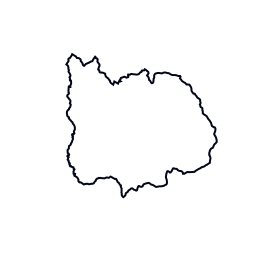 outline of Guatuso, Alajuela, Costa Rica, rotated 213°
{"feature_id": "36466004B87915732060573", "entity_name": "Guatuso", "entity_type": "district", "adm_level": 2, "iso_a3": "CRI", "parent_name": "Costa Rica", "parent_adm1": "Alajuela", "projection": "albers", "projection_center": [-84.82, 10.704], "detail": "fine", "context": "isolated", "style": "outline", "palette": "ink", "viewbox_px": 256, "rotation_deg": 213, "n_neighbors": 0, "source": "geoboundaries", "source_scale": "gbopen_adm2", "svg_char_len": 5818}
<svg xmlns="http://www.w3.org/2000/svg" viewBox="0 0 256 256"><g transform="rotate(213 128 128)"><path d="M214.3,147.7L212.7,147.6L212.2,147.4L210.9,146.3L210.2,145.1L209.3,144.6L208.9,144.0L208.8,143.2L208.5,142.8L207.1,142.2L205.3,141.2L204.6,140.2L204.7,138.7L204.0,138.3L204.0,138.2L203.3,137.6L203.1,136.9L202.7,136.4L202.3,136.2L202.0,136.3L201.8,136.7L201.7,136.7L200.1,134.7L199.6,133.3L199.6,132.4L198.7,131.0L199.0,130.8L200.2,130.7L200.2,130.3L198.5,127.3L198.3,126.8L197.8,126.4L197.3,125.5L196.7,125.3L196.4,124.9L196.4,123.7L196.7,122.9L196.7,122.4L196.4,121.7L196.1,121.3L191.6,119.8L191.1,119.4L190.6,118.7L190.4,118.1L190.3,117.1L190.1,116.9L188.9,116.6L188.6,116.1L187.9,114.0L188.1,112.2L187.7,111.6L187.7,111.3L188.0,110.7L188.2,109.1L187.9,108.1L187.4,107.1L186.4,106.2L185.7,105.2L185.0,104.9L183.4,104.8L183.1,104.5L183.1,104.2L182.8,103.8L179.5,102.9L179.1,102.7L177.9,102.6L177.4,102.4L176.7,101.6L175.7,101.4L174.9,101.1L173.3,100.0L172.3,98.7L171.7,97.6L171.6,96.0L171.4,95.5L171.0,95.0L170.2,94.5L170.0,94.2L170.0,93.8L170.5,93.2L171.3,92.6L171.2,91.7L169.6,91.3L169.5,90.9L169.7,90.6L169.7,90.0L168.5,89.4L168.3,89.1L167.3,85.0L167.5,84.0L167.0,82.9L167.1,82.0L167.6,81.0L167.6,80.7L167.2,79.7L166.5,78.7L166.6,76.4L164.9,74.2L164.6,74.1L164.4,74.4L164.2,75.1L164.2,74.2L163.2,73.8L162.8,73.5L162.8,73.1L163.5,72.2L163.6,71.4L163.3,71.2L161.9,71.2L162.0,70.4L161.6,69.7L161.4,68.6L160.0,68.3L159.8,67.7L159.2,67.4L158.9,66.9L157.6,66.7L157.6,65.8L157.4,65.7L156.4,65.3L156.2,64.6L155.9,64.5L155.4,64.4L154.9,65.0L153.6,64.8L152.8,65.2L152.4,65.3L151.7,64.7L151.3,64.1L150.8,64.3L150.5,64.3L150.3,64.1L150.3,63.3L149.9,61.5L149.1,60.8L148.8,60.0L148.3,59.9L147.9,60.5L147.4,60.7L147.1,60.0L147.0,58.8L143.9,58.9L142.8,58.5L141.6,57.8L141.2,57.4L140.8,56.5L139.4,56.0L138.8,56.1L138.3,56.6L137.9,56.7L134.3,56.6L133.5,57.7L132.6,58.4L131.9,59.0L130.7,59.4L129.7,59.8L128.4,61.3L127.4,61.8L126.6,63.0L126.6,64.3L126.7,65.0L126.3,66.0L126.4,66.4L126.6,66.8L126.6,67.8L126.2,69.0L125.3,69.9L125.2,70.3L124.6,70.5L124.2,71.0L122.4,71.8L120.3,73.0L119.0,74.9L117.1,75.7L116.7,76.2L116.3,77.6L116.1,77.8L111.6,78.1L111.3,78.1L110.4,78.8L109.6,78.5L107.3,77.1L105.5,76.9L104.0,76.0L102.7,76.0L102.3,75.6L102.1,74.8L100.3,73.7L100.1,73.2L98.8,71.3L98.4,70.4L97.3,69.4L96.7,68.3L95.1,67.5L94.2,67.5L93.6,69.8L93.6,70.3L94.2,71.8L94.2,72.6L93.8,73.3L93.4,74.6L93.6,75.8L92.7,77.7L92.7,78.2L92.4,79.0L92.1,79.4L91.6,79.7L89.2,79.5L88.2,79.9L87.1,79.9L86.9,80.1L86.6,80.7L87.5,83.7L87.5,85.1L86.9,85.4L85.8,85.4L84.6,86.1L84.2,86.5L84.0,87.9L84.3,88.9L84.0,89.6L82.9,91.1L81.9,92.2L81.1,92.8L80.9,93.1L80.2,93.4L77.6,93.2L77.0,93.5L75.8,93.8L72.5,93.8L71.6,94.5L70.1,96.0L68.1,97.4L67.1,98.4L66.5,99.0L65.7,100.6L65.3,101.1L65.1,101.5L65.1,102.4L65.7,103.7L67.5,105.8L68.7,106.7L69.6,107.6L70.8,110.3L71.5,112.8L71.1,113.5L70.8,113.6L69.8,113.7L68.5,113.5L68.2,113.9L68.0,114.1L67.9,116.3L68.1,116.9L68.2,118.7L67.6,119.1L66.2,119.5L65.0,120.2L64.5,120.2L63.3,119.8L62.0,119.9L59.6,120.9L59.0,120.9L57.7,120.5L57.0,119.6L56.0,120.1L54.8,122.5L54.1,123.5L52.0,124.7L48.4,127.4L48.0,128.8L46.7,131.6L45.3,133.9L44.9,135.2L43.3,137.0L42.4,139.2L41.5,140.7L41.1,142.0L40.4,143.2L40.7,143.9L41.4,145.1L42.2,147.3L42.9,148.2L44.0,148.9L44.5,149.4L45.0,149.5L45.2,150.0L45.4,150.0L46.2,151.2L46.8,153.2L47.0,153.4L47.1,154.5L47.1,155.7L46.9,156.4L46.2,157.4L46.2,158.9L46.6,160.1L46.6,161.6L46.2,162.7L46.0,164.6L46.8,165.8L47.9,167.0L50.2,168.7L50.5,168.7L51.6,169.3L52.4,169.8L52.6,170.2L53.1,172.7L53.9,174.5L54.4,175.1L55.2,175.7L56.0,175.7L56.3,175.4L58.7,175.4L61.4,177.7L62.3,178.0L63.2,178.6L65.1,179.1L66.1,179.5L67.5,180.3L68.7,180.8L72.4,180.8L73.0,181.2L73.4,181.2L74.5,182.9L75.4,183.5L76.3,185.0L76.9,185.2L78.3,185.2L78.9,185.4L80.0,186.6L80.5,186.8L80.6,187.9L80.8,188.6L82.1,189.8L82.8,190.9L83.1,191.1L84.8,191.3L86.1,191.2L87.1,191.6L87.8,192.0L89.7,192.5L90.3,193.0L91.1,193.0L91.7,192.5L92.9,192.8L95.0,193.8L96.2,195.5L97.3,196.5L99.8,197.7L100.5,197.7L101.0,197.2L102.0,196.9L102.4,196.4L102.9,196.4L104.3,196.9L105.2,196.9L105.6,196.8L108.0,196.8L108.6,196.9L110.1,197.6L111.4,197.9L111.9,199.6L112.7,200.0L113.5,199.3L113.9,199.1L116.0,198.6L117.4,198.0L119.8,196.5L121.5,196.2L123.6,196.2L125.0,195.5L127.1,194.8L128.2,193.9L129.4,192.2L131.8,191.1L133.0,190.4L134.5,188.7L134.8,188.0L134.8,187.3L134.6,186.1L133.4,184.5L133.4,183.4L133.1,182.9L132.9,182.5L131.8,180.4L131.9,179.1L132.5,178.5L133.4,178.7L135.3,179.7L136.5,179.8L137.6,181.0L138.3,181.6L139.5,182.1L140.6,182.4L140.7,183.1L140.5,183.8L140.6,185.1L141.4,185.9L142.1,186.2L143.2,186.2L144.6,186.5L145.9,186.4L145.8,185.2L147.5,183.9L147.6,183.2L147.3,182.8L147.3,182.3L147.9,181.6L148.1,181.0L148.3,179.0L149.8,177.5L154.7,175.1L155.1,174.7L155.2,174.1L155.5,173.6L156.5,173.2L157.0,172.9L156.9,172.5L155.6,171.1L155.6,170.7L156.7,169.4L158.5,169.2L159.0,169.0L161.2,166.1L161.2,165.5L160.8,164.6L161.0,163.8L161.0,163.2L159.6,163.1L160.1,162.5L160.8,162.0L160.8,160.8L160.5,159.8L164.8,159.6L164.0,156.3L166.6,156.4L167.7,156.8L168.4,157.2L168.8,157.8L170.4,158.2L171.4,158.8L173.9,158.9L175.3,159.6L176.5,160.6L176.8,161.1L179.2,160.7L180.2,160.2L181.5,159.4L182.5,159.6L183.4,160.6L184.8,160.8L185.0,161.0L185.3,162.6L185.7,163.4L185.6,163.9L185.7,164.5L186.4,165.6L189.8,167.0L190.2,167.7L190.6,168.7L191.5,169.4L192.0,169.4L192.4,169.2L193.4,169.1L193.6,169.2L193.8,169.8L194.4,169.9L194.5,166.9L194.3,164.7L194.6,164.2L195.2,163.7L196.3,161.5L198.2,158.8L198.6,156.4L198.7,156.2L199.7,156.2L200.5,156.6L200.8,157.0L202.1,157.8L204.1,158.4L205.0,159.6L205.7,159.8L207.0,159.8L207.6,159.7L208.9,158.9L209.8,159.2L210.5,159.6L215.0,159.5L214.8,158.3L214.8,155.3L215.0,154.8L215.5,154.0L215.6,153.5L215.2,152.7L214.4,152.0L214.3,150.8L214.4,149.3L214.3,147.7Z" fill="none" stroke="#020617" stroke-width="2"/></g></svg>